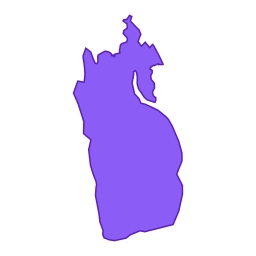 Okrika, Rivers, Nigeria
{"feature_id": "59680162B90615098764032", "entity_name": "Okrika", "entity_type": "district", "adm_level": 2, "iso_a3": "NGA", "parent_name": "Nigeria", "parent_adm1": "Rivers", "projection": "natural_earth1", "projection_center": [7.075, 4.627], "detail": "fine", "context": "isolated", "style": "filled", "palette": "violet", "viewbox_px": 256, "rotation_deg": 0, "n_neighbors": 0, "source": "geoboundaries", "source_scale": "gbopen_adm2", "svg_char_len": 2023}
<svg xmlns="http://www.w3.org/2000/svg" viewBox="0 0 256 256"><path d="M83.5,133.6L90.9,139.8L88.7,149.7L90.5,165.2L93.2,174.1L96.0,181.3L96.6,184.8L96.1,187.0L95.5,195.4L99.1,214.4L99.9,221.7L101.5,226.2L103.1,230.6L102.7,234.5L104.1,237.8L109.3,239.8L114.5,240.6L126.2,238.1L130.2,234.8L140.0,230.8L144.8,231.7L173.1,224.5L178.8,210.9L182.5,194.0L182.4,185.5L176.7,174.1L182.0,160.8L181.9,152.9L179.4,143.8L178.6,141.1L172.3,126.3L168.6,119.7L166.2,117.0L157.9,110.2L145.4,104.3L140.8,103.2L138.9,98.5L134.5,93.8L132.1,82.9L133.4,76.2L133.7,73.3L133.6,71.5L135.6,70.7L136.8,73.4L137.3,77.6L137.2,80.8L137.2,83.8L138.5,88.7L141.3,92.7L144.2,97.2L147.2,99.9L154.9,102.4L155.8,100.4L155.8,97.7L153.3,95.7L152.5,92.4L153.1,90.7L154.5,88.1L154.3,83.2L151.2,79.4L150.7,75.8L151.5,74.2L152.2,72.7L152.2,70.3L151.2,69.6L150.0,69.1L150.1,68.0L150.9,67.5L151.0,66.8L152.3,66.1L152.9,65.7L153.3,65.4L153.5,65.3L153.8,65.5L154.0,65.7L155.5,65.0L157.8,64.0L158.4,63.8L158.7,64.6L158.9,64.5L162.0,64.6L162.3,64.6L162.6,64.5L163.1,64.2L161.5,60.8L158.8,55.2L157.1,52.1L154.2,46.5L153.5,45.7L153.0,45.0L152.7,44.4L152.4,44.6L151.9,45.1L151.1,46.1L149.7,47.6L145.2,42.2L143.4,44.2L141.5,46.2L138.7,42.4L137.9,41.9L140.2,35.6L140.8,34.4L138.9,29.6L137.4,28.4L130.4,21.1L131.3,17.7L131.8,16.5L129.5,15.4L127.4,18.5L126.9,19.2L126.6,19.6L125.8,19.5L124.4,19.6L123.8,19.7L123.7,19.8L123.5,20.0L123.0,20.9L127.0,23.8L127.3,28.1L123.8,30.5L123.2,33.5L125.6,36.2L126.6,37.1L127.4,39.0L127.2,40.2L126.7,41.8L124.2,42.8L121.6,43.7L120.3,45.3L120.2,47.0L119.4,50.7L119.9,53.0L115.3,54.0L114.1,54.6L114.7,56.0L113.9,56.5L113.8,55.6L113.7,55.5L113.0,55.5L112.2,55.6L111.6,55.5L111.7,54.8L111.8,54.4L111.5,54.0L111.1,53.6L110.3,53.3L110.0,52.6L108.8,52.0L107.5,51.6L106.0,51.2L104.6,51.4L98.3,54.9L97.7,56.4L98.0,61.6L97.0,63.7L95.2,63.3L93.1,58.7L90.8,52.1L86.1,48.4L85.8,48.2L83.2,55.6L83.1,57.4L84.0,62.8L84.5,67.3L85.0,74.1L84.2,82.2L77.8,81.1L73.5,93.1L78.2,103.9L83.9,121.8L83.5,133.6Z" fill="#8b5cf6" stroke="#5b21b6" stroke-width="1.5"/></svg>